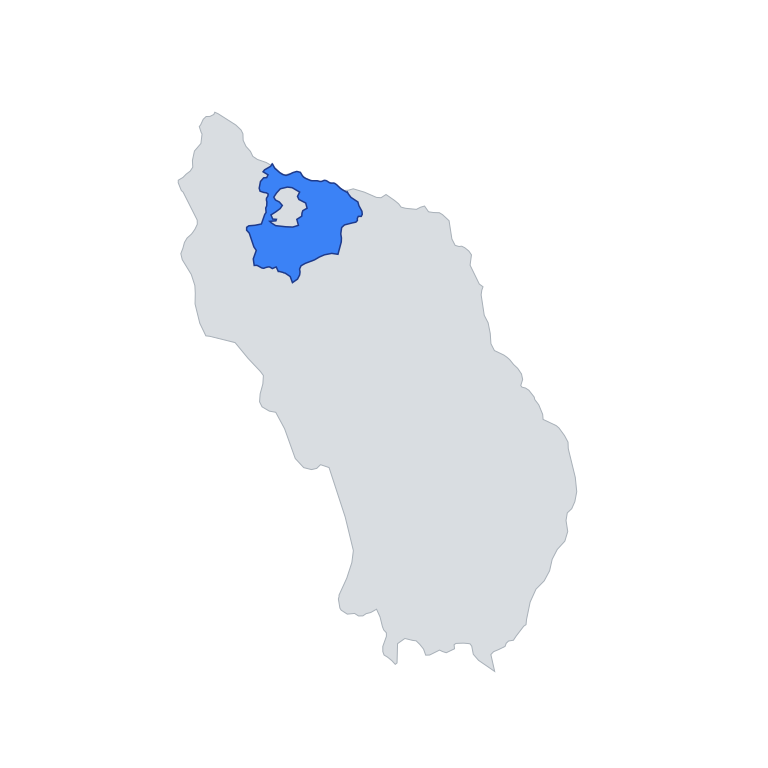 Hajdú-Bihar on a map of Hungary (Equal Earth projection), rotated 255°
{"feature_id": "HUN-3173", "entity_name": "Hajdú-Bihar", "entity_type": "County", "adm_level": 1, "iso_a3": "HUN", "parent_name": "Hungary", "parent_adm1": "", "projection": "equal_earth", "projection_center": [21.543, 47.451], "detail": "fine", "context": "in_parent", "style": "filled", "palette": "blue", "viewbox_px": 768, "rotation_deg": 255, "n_neighbors": 0, "source": "natural_earth", "source_scale": "10m", "svg_char_len": 4523}
<svg xmlns="http://www.w3.org/2000/svg" viewBox="0 0 768 768"><g transform="rotate(255 384 384)"><path d="M623.3,238.3L631.8,237.3L632.1,237.5L634.1,238.0L635.6,243.4L635.8,243.7L637.9,247.2L639.8,251.9L642.9,255.4L649.5,256.8L658.1,261.2L663.7,269.4L672.2,272.8L672.8,272.9L674.4,272.5L680.5,272.2L681.7,273.9L686.5,277.9L688.4,281.4L687.5,285.1L688.4,289.4L690.3,290.9L688.0,293.7L672.4,308.0L666.3,311.7L662.2,312.5L655.8,311.0L649.2,312.2L643.3,315.2L637.8,316.2L633.7,319.8L628.4,327.6L621.8,334.2L615.2,338.3L611.7,341.9L611.4,354.6L607.7,358.2L602.7,361.9L600.0,365.2L592.5,384.5L586.8,390.7L581.3,395.4L580.4,399.8L580.5,404.8L574.4,414.7L566.2,425.0L564.7,429.3L566.5,435.0L558.7,441.6L554.2,444.8L550.4,446.3L548.1,450.4L544.3,460.5L545.3,465.0L545.4,469.2L538.8,471.6L536.8,476.2L535.1,481.8L532.4,484.4L524.9,489.1L506.5,487.1L499.5,488.6L497.4,492.0L497.0,494.7L494.7,497.3L490.4,500.4L486.1,501.9L476.5,497.9L455.9,501.9L452.3,504.8L449.4,502.8L445.0,500.9L424.4,498.6L416.2,500.4L405.3,499.7L395.2,497.7L387.7,499.3L380.9,507.3L377.6,510.0L375.0,511.7L369.3,514.2L364.5,517.2L358.1,519.4L352.5,519.1L347.1,515.7L345.2,516.5L343.5,519.6L340.5,522.3L332.5,525.7L330.4,525.6L330.0,525.6L323.8,528.1L313.6,529.4L308.6,528.5L299.2,539.6L296.3,541.6L287.5,545.0L280.2,546.7L274.1,545.3L271.7,545.2L244.3,544.6L230.1,542.3L221.0,537.9L215.0,533.1L212.1,527.7L205.1,524.5L194.0,523.3L185.4,518.0L179.4,508.6L171.2,501.1L160.7,495.6L152.4,487.8L146.5,477.7L135.5,468.7L119.6,460.7L114.8,458.9L113.9,456.3L106.3,446.4L103.0,442.7L103.5,437.8L102.0,435.0L99.2,433.0L97.8,425.9L97.1,420.6L95.0,417.2L77.7,416.5L92.6,403.8L99.8,400.3L108.1,400.9L110.8,399.8L111.6,397.9L113.1,393.8L114.0,389.9L114.8,386.3L114.0,384.2L110.0,383.6L108.3,374.6L110.5,371.2L112.6,368.8L110.4,357.9L111.3,354.1L117.7,353.6L123.2,351.2L127.6,348.6L129.0,345.2L132.8,338.3L129.7,329.9L111.2,324.4L110.3,322.3L114.7,320.0L119.4,316.6L122.2,313.9L125.8,313.6L130.8,314.9L139.6,321.0L143.1,321.9L146.5,320.1L150.0,319.7L160.0,319.9L168.4,318.5L166.7,312.0L166.8,307.3L165.5,303.6L166.5,299.4L170.0,296.2L171.2,289.0L176.6,284.1L179.0,283.4L188.2,284.3L190.3,285.6L191.7,285.9L206.1,297.8L219.8,306.7L231.0,311.3L247.7,311.7L265.5,312.1L295.2,310.5L317.5,309.3L319.0,307.1L322.5,301.8L319.9,297.2L320.1,291.8L324.0,284.8L335.0,279.0L366.5,276.4L384.7,272.1L387.5,266.2L393.5,260.3L399.0,259.2L406.5,261.8L415.4,267.0L423.4,269.7L428.0,267.9L444.0,259.3L462.5,250.9L475.2,228.0L476.6,224.4L490.3,221.8L510.2,222.2L520.5,225.2L528.1,226.8L539.7,226.2L556.3,221.3L562.5,221.5L567.2,224.9L572.4,227.9L576.0,231.6L578.6,236.8L580.1,238.7L582.4,241.4L586.6,245.0L590.7,246.0L621.4,239.6L623.3,238.3Z" fill="#d9dde1" stroke="#a8b0b8" stroke-width="1"/><path d="M625.6,333.0L625.1,333.3L620.7,334.3L615.1,338.0L612.5,340.5L610.8,343.3L611.0,346.9L611.8,350.9L611.9,354.8L610.1,358.0L606.1,359.1L604.5,359.9L602.9,361.5L599.4,366.0L598.9,367.3L597.8,371.5L597.4,372.5L596.3,374.3L595.9,375.6L595.9,376.9L596.1,378.0L596.2,379.0L595.6,380.5L594.9,381.4L592.9,383.1L592.0,384.2L591.6,385.2L591.2,387.3L590.6,388.3L588.7,389.9L584.3,392.5L582.3,394.2L578.7,397.9L578.9,398.3L576.7,398.8L572.8,400.4L566.6,405.9L562.8,405.9L556.5,407.4L553.5,406.9L551.8,405.4L552.6,402.6L550.9,401.1L548.8,400.6L547.6,398.7L547.8,395.4L547.9,387.0L546.1,383.6L540.2,381.1L536.1,380.7L532.3,379.5L521.2,373.1L523.7,367.3L524.2,359.9L523.4,354.5L521.9,349.0L520.9,339.2L519.7,334.5L516.9,332.2L514.0,331.9L511.1,330.7L507.7,327.6L505.6,321.8L512.1,321.2L516.7,317.2L517.2,316.1L517.8,315.5L519.9,311.8L520.0,311.0L524.9,310.2L524.9,309.5L524.4,306.0L526.3,304.2L526.9,303.3L527.1,301.5L527.1,299.4L526.9,298.3L527.0,297.4L527.8,295.9L530.7,292.9L531.5,291.9L531.9,290.3L532.1,289.3L538.7,290.1L546.1,295.2L550.1,293.8L564.6,292.9L568.1,291.1L570.9,291.9L571.8,294.4L570.7,300.5L570.3,307.0L578.7,312.7L580.2,314.5L584.6,315.3L586.4,316.8L590.2,318.0L592.1,318.0L593.9,318.6L595.5,320.4L597.4,321.3L599.1,319.9L600.1,317.5L602.3,314.2L605.4,314.1L611.6,317.1L614.3,321.1L613.7,324.1L616.1,326.1L620.3,322.1L621.8,324.1L623.6,330.8L625.6,333.0L625.6,333.0ZM570.9,322.7L569.6,321.8L570.7,315.7L568.9,316.8L565.0,320.3L561.3,329.8L559.2,336.5L559.4,342.4L565.6,342.4L567.4,348.0L570.3,349.0L572.5,350.5L573.7,355.2L579.1,355.2L584.2,349.6L587.6,349.0L591.2,352.2L597.4,346.1L599.2,341.7L599.4,334.4L596.4,329.7L593.0,325.9L589.8,326.8L586.9,330.0L582.8,332.0L580.3,329.1L578.2,323.8L576.6,318.6L572.1,319.2L570.9,322.7Z" fill="#3b82f6" stroke="#1e3a8a" stroke-width="1.5"/></g></svg>